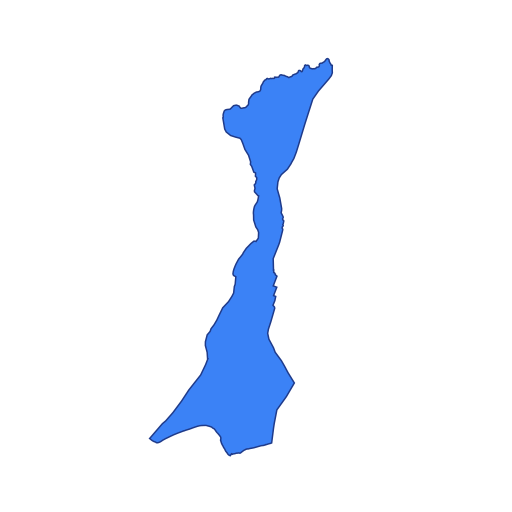 outline of Seruyan, Kalimantan Tengah, Indonesia, rotated 21°
{"feature_id": "22746128B10156150641021", "entity_name": "Seruyan", "entity_type": "district", "adm_level": 2, "iso_a3": "IDN", "parent_name": "Indonesia", "parent_adm1": "Kalimantan Tengah", "projection": "equal_earth", "projection_center": [112.304, -2.121], "detail": "fine", "context": "isolated", "style": "filled", "palette": "blue", "viewbox_px": 512, "rotation_deg": 21, "n_neighbors": 0, "source": "geoboundaries", "source_scale": "gbopen_adm2", "svg_char_len": 5762}
<svg xmlns="http://www.w3.org/2000/svg" viewBox="0 0 512 512"><g transform="rotate(21 256 256)"><path d="M258.5,50.6L257.9,50.9L257.6,50.7L257.0,50.0L255.8,49.2L255.3,48.6L254.8,48.3L253.8,46.6L253.0,46.2L252.2,46.0L251.9,46.2L251.2,46.7L251.1,47.1L251.0,47.7L250.8,47.9L250.4,49.7L250.1,50.1L249.9,50.5L249.2,51.3L248.7,52.1L247.9,52.6L246.9,53.1L246.6,53.5L246.5,54.0L246.4,54.6L246.8,55.2L246.9,55.6L247.0,56.3L246.9,56.8L246.6,57.1L246.3,57.4L245.6,57.8L245.3,57.8L244.9,58.2L244.8,58.6L244.5,59.4L244.3,59.7L243.9,59.8L243.6,60.1L243.3,60.4L242.3,60.6L241.9,60.9L241.3,61.2L240.7,61.1L239.6,61.3L238.5,61.0L237.6,59.8L237.2,59.4L236.9,59.3L236.0,59.3L234.8,60.0L233.7,59.9L233.4,60.3L233.2,60.6L233.2,61.2L233.5,61.7L233.5,62.1L233.3,63.5L233.1,63.8L232.9,64.3L232.9,64.9L233.0,66.7L232.9,67.3L232.6,67.6L232.0,67.6L231.6,67.4L231.4,67.2L230.9,67.1L230.5,67.1L229.7,67.3L229.4,67.7L229.3,68.3L229.4,69.4L229.3,69.9L228.6,70.7L228.4,71.2L227.7,71.9L227.0,72.4L226.4,73.0L225.7,73.6L225.4,74.1L225.3,74.9L224.8,75.8L224.4,76.0L223.4,76.9L222.8,77.6L222.4,77.7L221.5,77.4L220.5,77.4L219.8,77.5L219.4,77.5L217.8,77.3L217.4,77.3L217.1,77.5L216.6,77.6L216.1,77.6L215.4,77.8L214.5,77.8L213.7,78.4L213.4,79.0L213.3,79.5L213.2,80.1L213.1,80.7L212.9,81.0L211.2,81.7L210.7,82.1L209.6,82.1L209.3,82.4L209.5,82.7L209.5,83.2L209.4,83.5L209.1,83.8L207.9,84.2L207.0,84.7L206.4,84.9L205.9,84.9L205.6,85.2L205.3,85.6L204.7,85.9L204.3,86.2L203.8,86.3L203.2,86.2L202.8,86.2L202.5,86.6L202.3,86.9L202.2,87.7L201.3,88.5L201.0,89.0L200.8,90.0L200.5,90.5L200.4,92.4L199.9,95.1L199.9,96.0L200.1,96.9L200.4,97.8L200.7,98.8L200.7,100.2L200.2,101.1L198.9,102.1L197.6,102.8L195.8,104.9L195.3,105.9L194.6,106.9L194.2,108.9L193.9,109.8L193.3,112.2L194.0,115.3L194.4,116.1L194.6,117.4L194.4,118.2L194.1,118.6L193.5,120.4L193.1,120.8L192.6,121.5L191.4,122.1L189.8,123.2L188.9,123.5L187.7,123.0L186.6,122.1L183.9,122.1L183.0,122.5L181.2,123.7L180.4,125.5L179.9,126.7L179.2,128.2L178.5,128.6L176.3,129.7L175.0,130.7L174.4,132.0L174.5,134.6L174.7,135.9L174.9,136.5L175.4,137.5L175.7,138.6L175.5,138.9L181.3,148.7L183.8,150.9L189.1,152.6L194.5,152.3L198.8,151.8L200.6,152.7L203.4,155.7L207.5,160.5L212.9,164.6L217.3,170.1L217.9,172.5L219.7,173.7L220.8,174.9L223.9,178.5L225.8,178.6L226.4,180.1L226.8,181.7L228.6,182.6L229.1,183.9L229.3,184.6L229.1,186.7L229.6,187.8L229.5,188.7L228.9,190.3L230.8,193.1L231.1,195.6L231.6,196.6L236.1,198.9L236.9,198.9L237.3,200.9L237.7,203.3L237.8,205.3L237.1,208.2L236.8,210.1L237.0,212.0L237.4,214.2L237.9,216.1L238.4,217.4L239.0,218.5L240.9,223.2L245.4,228.9L248.2,230.9L250.0,233.1L251.8,238.5L250.8,242.4L250.5,242.3L248.7,242.9L246.8,246.2L244.2,252.3L243.0,257.4L242.9,259.0L242.2,261.3L241.8,262.6L241.0,264.8L240.8,265.9L240.7,266.6L240.5,268.3L240.2,270.8L240.1,273.6L240.1,275.9L240.3,278.4L240.9,281.0L242.0,282.2L244.6,282.6L246.7,289.9L246.7,292.2L248.4,298.6L248.0,302.3L246.7,308.5L243.5,316.3L242.8,324.2L242.4,329.9L241.5,335.3L240.1,340.0L240.2,342.8L238.7,347.1L239.5,354.2L240.8,357.7L244.9,363.4L247.7,369.5L247.9,369.4L247.9,375.5L247.0,386.9L241.3,405.2L238.5,418.1L234.6,431.9L230.8,442.3L228.7,446.1L222.1,464.5L223.1,464.8L224.5,465.3L225.3,465.5L225.8,465.6L227.1,465.8L227.7,465.7L228.1,465.8L228.6,465.7L229.1,465.7L229.7,466.0L229.9,466.0L230.9,465.7L231.7,465.2L232.2,464.8L233.4,463.6L235.0,461.3L237.2,458.7L237.5,458.4L238.1,457.8L240.9,454.8L241.1,454.5L241.4,454.3L243.2,452.4L246.4,449.4L250.7,445.6L250.8,445.5L250.9,445.3L251.1,445.3L251.3,445.2L253.0,443.7L256.2,441.2L256.7,440.7L257.6,440.0L258.4,439.2L258.8,438.9L260.1,437.8L262.3,436.0L264.3,434.6L266.1,433.7L269.4,432.3L270.0,432.1L271.0,431.9L271.7,431.9L273.2,431.7L275.8,431.6L277.6,432.2L278.9,432.3L280.4,433.2L281.0,433.6L281.2,433.8L282.3,434.5L283.3,435.0L283.5,435.0L283.6,434.8L283.5,435.0L283.8,435.2L283.9,435.3L284.5,435.6L284.8,435.8L285.0,435.9L285.9,436.4L286.0,436.4L288.0,437.8L288.6,439.0L288.7,439.7L288.8,440.1L288.9,440.4L289.1,440.5L289.1,441.0L289.8,441.7L289.9,441.8L290.0,441.9L290.0,442.0L290.3,442.3L290.4,442.6L290.7,443.0L291.3,443.4L291.7,444.0L292.3,444.5L292.7,444.8L292.9,445.0L293.1,445.1L293.3,445.3L294.0,445.9L294.1,446.1L294.5,446.4L296.3,447.7L296.8,448.3L297.7,449.1L298.1,449.3L298.9,449.8L299.6,450.1L299.8,450.4L300.5,450.9L301.7,451.5L303.5,451.7L303.7,451.3L303.6,451.0L303.8,450.2L304.1,449.3L304.6,449.3L304.6,449.6L304.8,449.7L306.0,448.7L307.0,448.2L308.5,447.0L309.0,446.8L309.5,446.6L310.3,446.1L311.7,445.8L312.2,445.3L312.4,444.9L313.3,443.4L314.4,441.7L315.0,441.0L315.5,440.6L315.6,440.3L316.1,439.9L316.9,439.2L317.1,439.2L317.0,439.3L317.6,439.1L319.7,437.6L319.8,437.6L321.9,436.3L322.7,435.8L328.7,431.3L331.2,430.0L331.4,429.8L331.4,429.7L332.6,428.9L332.6,428.7L332.8,428.7L335.3,426.7L336.5,425.9L337.6,424.9L334.0,410.2L333.1,406.1L330.6,392.1L330.9,391.1L331.8,387.6L334.7,376.5L337.3,360.8L327.6,353.4L322.2,348.7L317.3,344.7L308.4,339.0L305.2,335.4L297.9,329.1L294.6,324.0L293.8,319.8L293.4,311.9L292.2,298.0L291.5,297.0L289.5,295.9L289.6,290.9L288.9,286.7L286.6,286.7L286.6,277.7L282.8,277.7L282.8,267.3L280.9,266.7L280.6,266.0L280.3,266.0L279.4,265.1L278.6,265.1L278.4,265.0L278.4,264.6L277.7,263.4L277.7,262.8L277.2,262.8L277.1,262.2L273.0,252.3L273.2,237.3L273.1,234.5L272.1,226.0L271.7,222.7L271.4,221.4L270.5,220.7L270.1,219.6L270.5,218.5L270.5,217.8L269.7,217.0L269.9,216.3L269.4,213.4L269.0,212.9L268.1,212.7L267.5,211.8L267.6,210.4L267.3,209.7L265.4,207.9L264.0,206.7L263.6,204.4L263.0,202.6L257.4,193.3L251.7,185.7L249.9,179.0L249.7,174.8L250.5,170.9L254.2,163.7L255.6,157.4L255.7,156.0L256.4,151.5L256.4,144.6L255.9,136.9L254.3,115.2L252.8,89.2L255.2,79.5L260.5,64.8L261.7,60.6L261.6,57.6L260.4,54.8L258.9,50.7L258.5,50.6Z" fill="#3b82f6" stroke="#1e3a8a" stroke-width="1.5"/></g></svg>